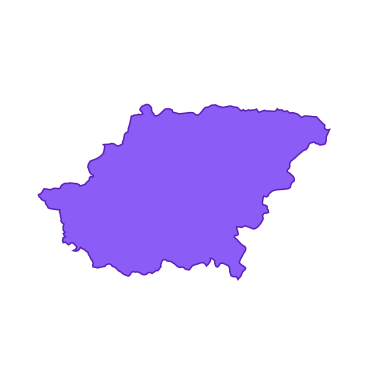 Mutum, Minas Gerais, Brazil (orthographic projection), rotated 255°
{"feature_id": "56859067B47426094503718", "entity_name": "Mutum", "entity_type": "district", "adm_level": 2, "iso_a3": "BRA", "parent_name": "Brazil", "parent_adm1": "Minas Gerais", "projection": "orthographic", "projection_center": [-41.459, -19.934], "detail": "fine", "context": "isolated", "style": "filled", "palette": "violet", "viewbox_px": 384, "rotation_deg": 255, "n_neighbors": 0, "source": "geoboundaries", "source_scale": "gbopen_adm2", "svg_char_len": 5426}
<svg xmlns="http://www.w3.org/2000/svg" viewBox="0 0 384 384"><g transform="rotate(255 192 192)"><path d="M229.2,43.0L227.6,42.9L225.9,43.9L223.6,44.8L222.1,46.4L221.0,48.1L219.5,47.6L218.0,47.8L216.0,48.7L214.0,48.9L212.8,50.5L211.9,52.4L211.2,54.1L210.2,56.2L209.6,58.1L209.0,59.8L206.9,58.8L204.9,59.2L203.1,58.7L201.3,58.7L199.7,58.7L198.1,57.9L196.3,58.2L194.2,60.0L191.9,58.5L189.6,58.0L188.1,57.8L185.9,59.0L185.2,56.9L183.5,57.2L181.4,58.3L181.3,55.8L178.8,54.5L176.4,54.4L176.2,56.9L174.6,57.9L173.0,58.9L173.3,60.4L174.3,61.8L173.2,64.3L171.3,65.1L170.1,66.1L168.0,66.2L166.6,64.3L166.1,62.2L164.8,64.7L165.0,66.7L166.0,68.6L167.4,70.1L165.6,71.4L164.7,72.8L163.2,73.9L161.7,74.7L160.7,75.9L158.9,75.8L156.3,76.6L153.9,76.9L151.9,77.6L150.2,78.1L148.6,78.1L147.3,77.2L145.3,77.0L144.4,79.2L143.1,81.2L143.1,84.3L142.9,86.7L142.6,88.5L144.0,90.2L144.1,92.6L143.6,94.2L142.5,95.3L140.7,95.8L139.7,97.8L138.1,98.9L136.3,99.9L134.4,101.1L132.7,103.1L131.0,104.0L129.6,105.5L128.5,107.0L127.2,108.9L128.2,111.1L130.2,112.6L130.2,114.8L129.3,116.6L129.0,118.4L128.1,120.1L126.3,121.7L124.9,123.2L124.3,125.1L124.3,126.7L125.3,128.5L125.3,130.6L123.7,132.4L124.4,134.4L125.4,136.7L124.9,138.7L126.5,140.9L128.0,142.7L129.9,143.0L131.5,144.1L133.3,145.3L134.1,146.9L133.5,148.8L131.8,150.1L131.0,152.2L130.0,154.2L128.4,155.3L127.0,156.7L125.0,157.9L123.4,159.1L122.2,160.8L122.2,162.8L121.4,164.4L119.7,165.2L118.6,166.7L117.5,169.1L118.7,170.9L119.8,172.0L120.8,173.7L121.0,176.3L121.0,179.3L121.3,181.2L121.2,182.8L120.8,184.8L119.0,186.1L116.8,186.9L117.9,188.7L119.3,190.5L120.8,192.1L123.2,192.6L122.4,194.3L121.0,195.4L119.3,196.3L117.4,195.5L115.6,195.7L113.9,195.9L112.9,197.3L114.3,199.4L115.7,200.8L115.3,203.4L113.4,205.6L111.7,207.7L109.6,208.6L107.3,208.4L105.4,207.9L103.2,208.0L101.1,208.0L99.9,209.3L99.1,211.3L98.8,212.9L97.2,213.4L95.6,213.8L96.8,215.3L97.9,217.2L99.5,218.4L101.4,219.9L102.5,221.4L103.3,223.2L104.8,224.2L106.7,222.9L108.7,221.0L111.1,219.4L113.3,220.4L114.9,221.7L116.3,223.1L117.5,224.3L119.0,225.5L120.1,226.9L121.7,228.5L123.8,229.4L125.6,228.9L127.2,227.3L128.9,225.9L131.0,224.9L132.8,224.0L134.3,223.2L135.7,222.2L137.2,221.2L138.8,222.1L138.5,224.0L139.0,225.6L140.9,225.9L143.3,225.9L145.3,225.8L146.9,226.2L145.9,228.7L144.9,230.7L145.3,232.8L145.6,235.0L144.4,236.2L143.2,238.1L142.0,239.6L141.0,240.9L140.2,242.5L140.6,244.7L141.3,246.5L142.7,248.6L144.0,250.3L145.2,251.4L146.3,252.8L148.4,254.0L150.6,253.9L152.3,255.2L152.8,256.7L152.3,258.2L152.5,260.6L154.7,260.9L156.7,260.2L158.6,260.9L160.3,259.4L161.3,257.2L163.5,257.2L165.8,258.2L167.9,259.2L169.5,260.1L168.1,262.4L168.4,264.3L170.1,265.6L171.2,267.7L172.3,270.3L172.3,272.4L172.3,274.3L171.9,275.9L171.6,277.9L171.2,279.8L170.8,281.7L170.7,283.3L170.3,285.2L170.5,286.8L171.2,288.3L172.8,289.0L174.5,290.1L175.5,291.5L176.2,293.5L178.0,294.2L180.2,294.0L182.0,293.2L183.4,292.0L184.8,291.3L186.3,289.8L187.9,289.2L188.9,290.5L189.7,291.9L191.3,293.1L193.5,293.4L195.1,294.4L196.3,295.6L197.0,297.5L197.8,299.2L198.6,301.1L199.5,302.4L200.2,303.9L201.3,306.1L202.2,308.1L203.0,309.6L203.3,311.4L203.7,313.6L205.4,315.7L207.4,317.0L208.5,318.2L208.7,320.1L208.5,323.0L206.5,324.5L205.7,326.6L204.3,327.5L204.1,329.2L203.9,331.0L204.0,332.9L205.3,334.0L206.7,334.8L208.5,335.3L210.3,335.9L212.0,337.1L213.1,338.1L214.8,339.4L216.8,341.1L217.0,338.5L218.9,336.5L222.4,337.5L224.3,336.1L228.0,334.0L229.7,333.1L232.5,331.6L233.6,327.7L234.4,326.2L234.9,324.5L235.8,322.3L236.3,319.9L235.6,317.1L237.5,315.9L239.8,314.3L240.8,312.8L242.5,310.0L243.0,306.8L245.8,304.8L245.8,301.7L248.0,300.2L248.8,297.0L250.3,295.9L248.6,293.9L248.8,291.6L249.6,289.4L250.3,287.3L250.9,285.0L252.1,283.2L252.1,281.5L251.7,278.9L251.7,277.1L255.4,275.7L255.0,273.3L255.7,271.6L255.5,269.3L256.7,268.3L256.5,266.2L256.7,263.7L258.3,263.0L257.6,260.7L259.7,259.0L261.2,258.3L262.3,257.1L263.0,254.9L264.5,252.6L265.2,251.2L265.5,246.7L265.5,245.1L265.8,243.5L266.7,242.1L267.8,239.8L270.0,237.4L270.5,235.0L270.8,233.1L269.9,230.5L269.9,228.5L270.2,226.8L269.5,225.3L267.3,222.4L265.3,219.4L264.6,216.9L266.5,215.0L268.2,213.7L269.3,210.4L270.7,200.1L274.1,194.1L276.5,194.0L277.8,192.2L278.7,190.4L279.0,187.3L277.9,185.3L276.8,183.4L275.8,181.5L275.0,179.7L274.7,177.1L275.6,175.5L277.6,175.2L279.4,174.2L281.6,174.1L283.4,174.6L285.2,174.2L287.2,173.0L288.4,170.9L288.2,169.2L287.9,166.7L286.9,164.6L285.0,162.9L283.4,163.5L282.1,164.5L280.2,164.7L279.9,162.2L280.9,160.4L280.6,158.1L281.2,156.4L280.9,154.5L280.9,152.9L279.4,152.3L277.5,151.4L275.8,150.5L274.0,149.6L272.1,148.4L270.1,147.1L268.6,146.5L266.8,145.8L266.3,143.5L265.0,141.7L262.5,140.5L260.3,139.5L258.6,138.1L256.5,137.4L255.7,134.6L255.7,132.2L257.2,130.3L258.6,129.2L259.7,127.0L259.6,124.1L260.2,121.6L260.7,118.8L259.4,119.5L257.4,119.1L255.4,118.0L253.2,117.0L251.7,115.5L250.9,114.2L249.9,112.1L249.1,109.5L248.6,106.9L248.4,103.9L248.1,101.6L247.0,100.4L245.0,98.7L242.8,97.8L240.7,98.2L238.2,98.2L236.2,98.8L234.8,99.8L233.5,101.1L232.0,100.1L233.3,98.1L232.2,96.6L230.0,95.8L229.2,93.9L228.5,92.5L227.3,91.2L227.0,89.1L226.8,87.3L226.8,85.3L228.3,84.9L229.9,82.8L230.8,80.2L231.7,78.1L232.5,75.9L232.3,74.1L233.1,72.2L233.1,70.3L232.4,68.2L231.5,66.8L230.0,66.0L229.9,63.6L230.9,61.3L231.3,59.0L230.9,56.9L231.1,55.2L231.9,53.5L232.7,51.7L233.4,50.1L232.4,48.8L230.8,47.3L229.5,45.4L229.2,43.0Z" fill="#8b5cf6" stroke="#5b21b6" stroke-width="1.5"/></g></svg>